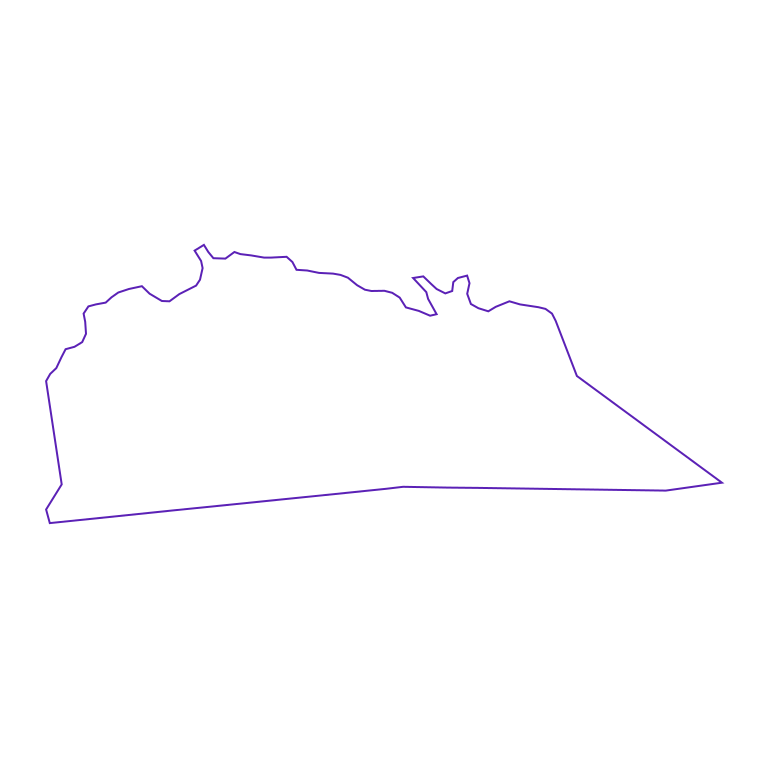 the district of Bento Fernandes, Rio Grande do Norte, Brazil
{"feature_id": "56859067B20683588640252", "entity_name": "Bento Fernandes", "entity_type": "district", "adm_level": 2, "iso_a3": "BRA", "parent_name": "Brazil", "parent_adm1": "Rio Grande do Norte", "projection": "mercator", "projection_center": [-35.821, -5.669], "detail": "fine", "context": "isolated", "style": "outline", "palette": "violet", "viewbox_px": 768, "rotation_deg": 0, "n_neighbors": 0, "source": "geoboundaries", "source_scale": "gbopen_adm2", "svg_char_len": 1192}
<svg xmlns="http://www.w3.org/2000/svg" viewBox="0 0 768 768"><path d="M467.1,275.6L457.9,278.0L453.3,282.1L452.2,291.0L445.3,293.4L436.6,289.0L431.4,284.2L423.3,276.4L413.1,278.0L426.3,292.1L428.1,298.9L436.6,314.2L430.1,315.7L418.8,310.9L405.9,307.4L399.7,297.6L392.2,292.8L384.4,290.8L371.4,291.0L364.9,289.7L357.1,285.2L347.9,277.7L340.5,274.9L333.0,273.6L319.0,272.9L307.2,270.5L296.5,269.8L292.4,262.0L286.6,256.8L270.9,257.6L264.1,257.6L251.1,255.4L240.4,254.1L234.4,252.0L225.4,258.6L213.4,258.2L208.3,252.0L203.9,244.9L194.6,250.6L201.1,261.0L202.6,268.1L200.0,279.7L196.1,285.6L179.3,294.1L169.5,301.3L161.9,301.0L149.6,293.7L141.9,286.2L128.9,289.0L118.3,292.5L111.5,297.3L105.7,302.6L95.9,304.4L88.4,306.4L83.6,313.6L85.2,321.8L86.0,333.8L82.2,342.1L74.5,346.8L65.6,349.2L61.5,357.1L56.3,368.1L50.2,373.9L46.1,381.1L61.7,484.4L46.1,509.5L49.8,523.1L173.2,510.4L285.0,499.1L297.9,497.8L386.1,488.8L403.1,486.8L448.1,487.6L478.4,487.9L665.8,490.6L721.9,482.7L576.9,376.0L555.7,320.9L552.0,313.6L545.5,308.9L538.4,307.2L520.0,304.4L509.4,301.3L495.8,306.8L488.3,311.3L478.4,308.2L470.9,304.0L467.2,293.8L469.5,283.2L467.1,275.6Z" fill="none" stroke="#5b21b6" stroke-width="2"/></svg>